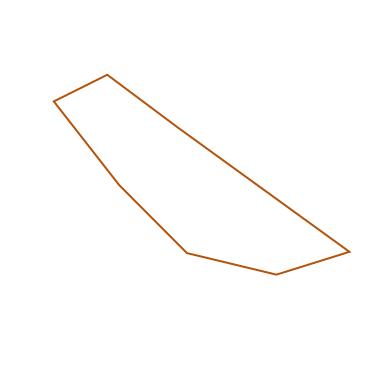 SVG path tracing the border of Harbour Island, rotated 212°
{"feature_id": "BHS-5026", "entity_name": "Harbour Island", "entity_type": "District", "adm_level": 1, "iso_a3": "BHS", "parent_name": "The Bahamas", "parent_adm1": "", "projection": "robinson", "projection_center": [-76.765, 25.545], "detail": "fine", "context": "isolated", "style": "outline", "palette": "amber", "viewbox_px": 384, "rotation_deg": 212, "n_neighbors": 0, "source": "natural_earth", "source_scale": "10m", "svg_char_len": 260}
<svg xmlns="http://www.w3.org/2000/svg" viewBox="0 0 384 384"><g transform="rotate(212 192 192)"><path d="M163.9,137.5L257.5,159.3L357.2,195.6L326.0,246.5L238.8,239.2L26.8,224.7L76.7,166.6L163.9,137.5Z" fill="none" stroke="#b45309" stroke-width="2"/></g></svg>